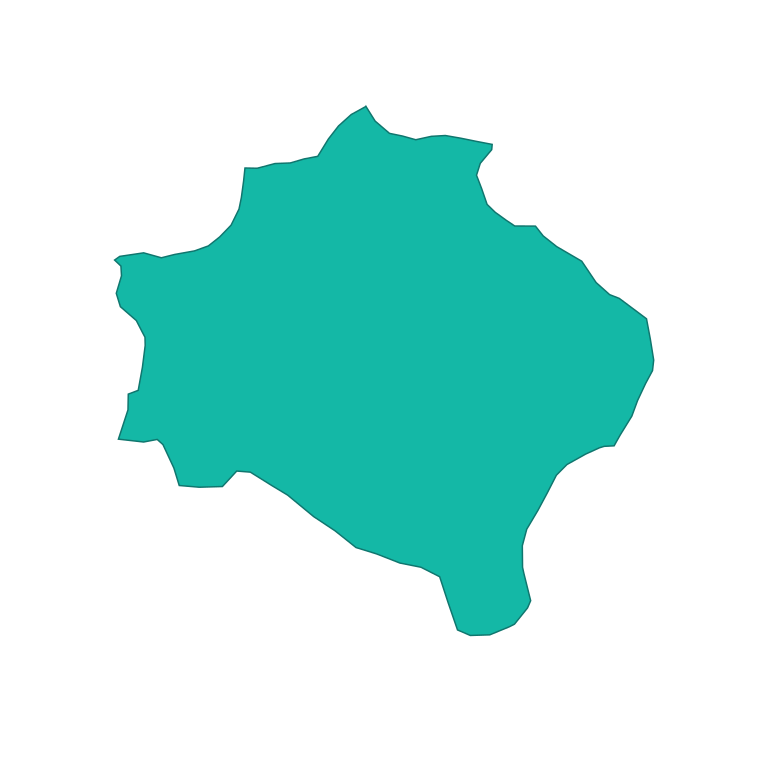 the district of Masally District, Masallı, Azerbaijan, rotated 253°
{"feature_id": "54616110B86237771899826", "entity_name": "Masally District", "entity_type": "district", "adm_level": 2, "iso_a3": "AZE", "parent_name": "Azerbaijan", "parent_adm1": "Masallı", "projection": "mercator", "projection_center": [48.706, 39.029], "detail": "fine", "context": "isolated", "style": "filled", "palette": "teal", "viewbox_px": 768, "rotation_deg": 253, "n_neighbors": 0, "source": "geoboundaries", "source_scale": "gbopen_adm2", "svg_char_len": 1539}
<svg xmlns="http://www.w3.org/2000/svg" viewBox="0 0 768 768"><g transform="rotate(253 384 384)"><path d="M449.1,136.5L434.1,131.6L408.9,113.9L398.8,137.2L397.3,150.9L390.7,154.9L365.0,158.5L346.8,158.5L339.3,177.2L333.2,199.5L343.8,217.7L338.8,230.4L319.6,247.1L306.0,259.3L277.7,278.0L258.0,294.2L235.8,309.4L223.7,327.2L208.1,346.9L198.0,365.7L183.4,380.9L156.1,381.4L127.3,382.4L125.7,384.3L118.3,393.0L113.2,411.8L115.2,433.0L116.2,438.6L127.9,455.8L133.9,460.9L162.2,462.4L168.2,462.9L188.9,469.0L203.5,478.1L205.8,480.7L218.2,494.3L231.8,508.0L246.4,522.2L253.5,535.4L258.0,556.2L260.0,571.3L260.0,576.4L257.6,586.0L260.9,589.4L266.3,595.1L280.8,611.6L294.1,621.7L308.0,634.3L318.3,644.7L328.0,648.9L349.0,651.8L369.6,654.1L375.1,650.1L378.8,647.4L397.1,634.0L403.5,625.9L419.0,616.5L443.6,609.0L464.9,589.3L479.1,579.5L490.7,575.0L496.9,555.2L504.9,548.7L515.6,540.6L525.6,535.1L542.4,534.5L556.6,533.5L566.9,540.6L576.6,555.5L578.5,556.3L581.5,557.5L588.9,543.5L596.6,529.3L603.7,515.3L607.0,501.7L608.3,485.8L615.7,474.2L622.1,462.5L638.0,452.4L653.5,448.2L654.8,447.9L654.7,447.8L651.3,431.5L644.1,416.0L634.6,402.5L621.1,387.2L622.6,373.4L622.8,358.9L626.7,344.2L627.4,325.8L631.2,314.2L619.2,309.1L604.0,302.1L593.7,296.5L580.6,284.2L572.7,269.9L567.4,256.4L566.7,241.6L569.1,221.6L569.8,208.0L579.7,192.5L583.3,168.6L581.3,162.6L573.7,166.9L564.2,164.6L549.0,154.5L535.0,154.5L517.1,165.7L504.4,168.0L498.6,169.1L490.7,166.9L470.5,157.8L449.8,147.1L449.1,136.5Z" fill="#14b8a6" stroke="#0f766e" stroke-width="1.5"/></g></svg>